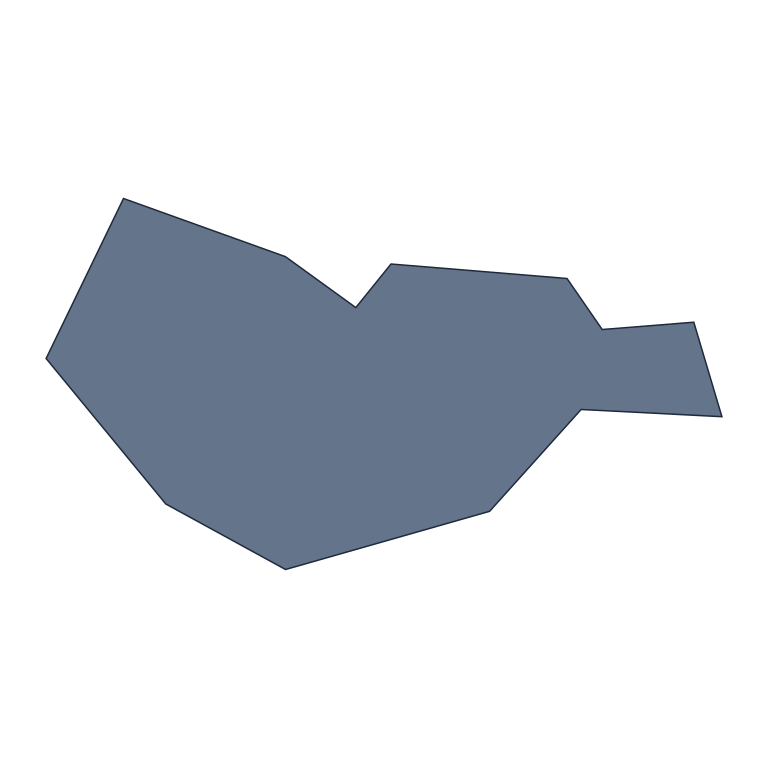 the border of San Juan
{"feature_id": "PHL-5551", "entity_name": "San Juan", "entity_type": "Highly Urbanized City", "adm_level": 1, "iso_a3": "PHL", "parent_name": "Philippines", "parent_adm1": "", "projection": "mercator", "projection_center": [121.051, 14.596], "detail": "fine", "context": "isolated", "style": "filled", "palette": "slate", "viewbox_px": 768, "rotation_deg": 0, "n_neighbors": 0, "source": "natural_earth", "source_scale": "10m", "svg_char_len": 299}
<svg xmlns="http://www.w3.org/2000/svg" viewBox="0 0 768 768"><path d="M123.5,198.5L285.5,256.7L355.8,307.6L391.0,264.0L567.0,278.5L602.2,329.5L693.8,322.2L721.9,416.7L581.1,409.5L489.6,511.3L285.5,569.5L165.8,504.0L46.1,358.5L123.5,198.5Z" fill="#64748b" stroke="#1e293b" stroke-width="1.5"/></svg>